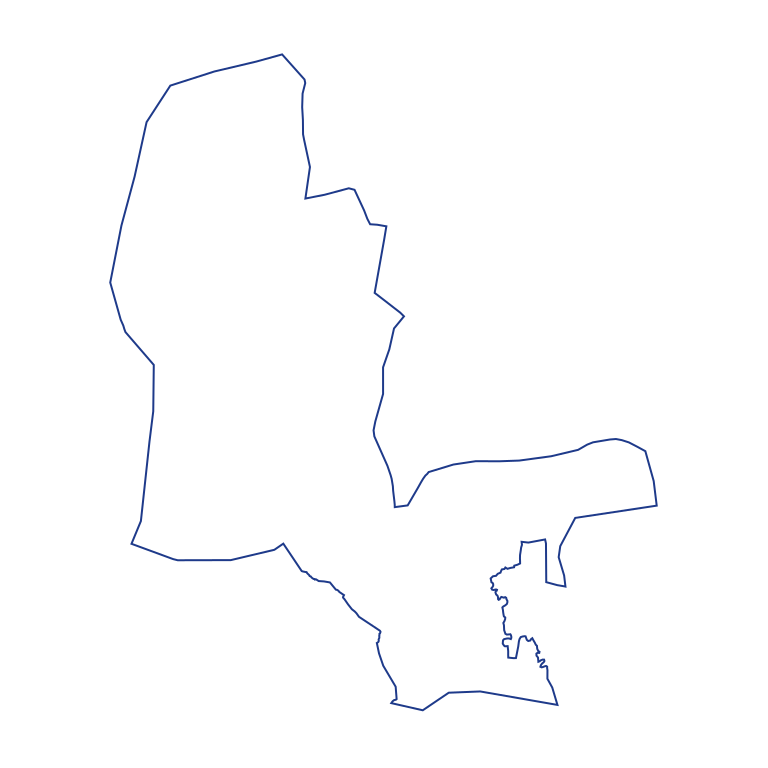 the district of Jega, Kebbi, Nigeria, rotated 183°
{"feature_id": "59680162B13498430232382", "entity_name": "Jega", "entity_type": "district", "adm_level": 2, "iso_a3": "NGA", "parent_name": "Nigeria", "parent_adm1": "Kebbi", "projection": "orthographic", "projection_center": [4.336, 12.103], "detail": "fine", "context": "isolated", "style": "outline", "palette": "blue", "viewbox_px": 768, "rotation_deg": 183, "n_neighbors": 0, "source": "geoboundaries", "source_scale": "gbopen_adm2", "svg_char_len": 3799}
<svg xmlns="http://www.w3.org/2000/svg" viewBox="0 0 768 768"><g transform="rotate(183 384 384)"><path d="M662.7,471.0L650.3,434.4L647.4,428.7L646.2,425.3L644.9,422.3L614.9,391.0L613.0,344.7L615.2,314.1L619.6,234.4L627.8,211.2L585.4,198.1L580.8,197.2L580.7,197.2L527.8,200.1L484.8,212.7L476.2,219.3L456.4,192.9L455.5,192.6L454.3,192.4L452.3,192.1L451.5,192.1L450.8,191.0L448.7,189.2L448.2,188.3L447.1,188.0L446.3,187.1L445.3,186.3L444.0,185.6L443.0,185.6L442.8,185.1L441.5,185.3L438.9,183.8L433.5,183.7L427.6,183.0L426.4,181.7L421.3,176.1L420.7,176.0L420.4,176.0L420.1,175.9L419.8,175.8L419.4,175.6L419.1,175.4L418.8,175.1L418.6,175.0L418.2,174.6L417.9,174.2L417.6,173.9L416.9,173.5L414.3,171.9L412.9,171.1L413.7,169.3L413.8,168.9L413.1,167.8L412.4,167.3L408.4,162.1L404.3,157.4L401.3,155.3L399.5,153.6L396.8,150.2L375.5,137.6L375.0,137.2L374.5,136.3L374.9,134.9L375.5,134.3L375.4,133.0L375.6,132.2L375.4,131.3L375.4,130.2L375.9,128.9L376.0,128.3L375.8,127.4L376.0,126.4L376.4,125.9L377.0,125.4L377.6,125.0L377.4,124.3L374.9,114.8L370.0,102.6L356.5,82.3L354.9,70.0L355.5,69.4L356.4,69.1L357.3,68.9L358.0,68.3L358.7,67.7L359.2,67.0L360.0,65.7L328.2,60.2L303.2,79.1L271.8,82.0L194.0,72.6L200.1,89.7L205.4,98.2L205.8,106.8L206.2,108.7L206.3,110.3L207.4,110.9L208.7,110.5L210.2,109.8L211.7,109.3L213.0,109.8L212.6,111.4L211.6,113.0L209.9,114.6L209.3,115.8L209.7,117.1L211.1,117.1L212.9,116.3L214.0,115.3L215.3,114.7L215.9,118.9L217.5,120.7L217.7,122.7L216.6,123.6L214.9,123.6L214.7,124.7L216.0,125.5L217.1,127.5L217.6,130.6L218.8,131.6L219.8,133.5L221.4,135.9L222.6,137.9L223.8,136.9L224.5,135.5L226.5,134.9L228.0,136.0L229.4,139.4L230.4,139.5L232.4,139.1L234.2,138.4L235.3,136.4L235.8,134.1L236.2,128.9L237.9,117.2L240.4,117.0L245.6,117.3L245.8,119.8L246.0,123.8L246.8,128.7L249.5,128.4L250.4,129.0L251.8,130.9L251.8,132.5L251.7,134.3L250.7,135.5L247.8,136.3L245.7,136.4L244.0,135.9L243.6,137.0L243.6,138.1L244.0,139.6L244.7,140.7L245.9,140.5L248.2,140.2L249.7,140.9L250.2,142.2L251.1,144.4L251.3,146.4L251.6,149.4L252.3,151.6L251.3,153.6L250.7,155.6L250.7,157.2L252.1,158.2L252.5,159.7L253.0,162.0L253.4,164.5L254.1,167.1L253.2,168.1L251.6,169.1L249.9,170.6L249.4,172.1L249.4,173.8L250.4,175.4L250.8,176.9L251.9,177.5L253.0,176.9L254.3,177.2L255.7,177.5L256.6,176.3L257.3,175.0L258.2,174.5L258.8,175.1L259.0,177.1L259.6,178.6L261.0,179.7L261.8,181.7L261.5,183.1L260.6,183.5L260.4,184.4L261.4,184.7L262.5,184.4L263.8,184.0L265.3,184.3L266.1,185.6L265.1,186.8L264.4,188.2L264.5,189.9L265.1,191.0L266.3,191.6L267.3,195.4L265.1,197.7L262.1,198.3L260.5,200.4L257.8,201.7L257.3,203.4L256.6,205.0L254.0,205.6L253.2,207.1L251.0,205.9L248.3,206.9L244.5,207.8L244.4,209.4L241.3,210.5L238.7,211.9L238.8,213.6L239.1,217.0L239.2,220.3L238.7,225.1L238.5,227.8L237.8,230.6L238.3,233.6L231.5,233.2L215.0,237.2L213.9,233.2L211.6,194.6L200.4,192.2L193.5,191.4L192.2,191.2L194.1,202.2L200.5,220.2L199.5,231.3L186.0,260.3L105.3,276.8L109.6,301.2L119.5,330.6L127.6,334.5L136.4,338.5L143.6,340.4L149.5,341.2L155.5,340.4L172.2,336.7L177.9,334.1L186.7,328.4L213.3,320.6L245.0,314.6L264.4,312.9L288.4,311.7L310.5,307.2L334.8,298.4L336.1,296.5L337.9,294.7L340.0,291.4L342.0,287.6L344.8,281.9L354.0,264.0L366.8,261.6L367.0,264.2L367.5,267.6L368.6,273.9L369.3,278.0L369.8,282.4L371.4,289.7L372.6,293.3L376.3,302.5L390.9,331.2L392.0,337.2L390.7,346.2L384.4,374.0L385.8,400.6L380.5,418.9L376.9,440.0L367.6,452.6L371.4,456.0L392.4,470.6L398.1,474.5L391.4,528.2L389.9,541.6L399.1,542.7L406.2,542.8L409.3,548.1L412.9,556.2L423.6,576.4L429.4,577.6L453.1,569.9L472.2,565.1L469.3,596.8L476.6,623.8L477.9,629.1L478.8,643.5L480.2,656.2L480.5,669.8L478.4,680.4L479.3,683.9L502.7,707.5L503.0,707.8L528.4,699.3L569.8,687.2L613.0,670.8L634.8,633.1L643.9,578.1L654.5,528.5L662.7,471.0Z" fill="none" stroke="#1e3a8a" stroke-width="2"/></g></svg>